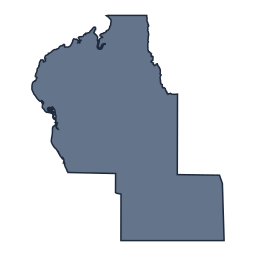 the district of Port Pirie, South Australia, Australia
{"feature_id": "25037944B53650156153507", "entity_name": "Port Pirie", "entity_type": "district", "adm_level": 2, "iso_a3": "AUS", "parent_name": "Australia", "parent_adm1": "South Australia", "projection": "equal_earth", "projection_center": [137.965, -33.365], "detail": "fine", "context": "isolated", "style": "filled", "palette": "slate", "viewbox_px": 256, "rotation_deg": 0, "n_neighbors": 0, "source": "geoboundaries", "source_scale": "gbopen_adm2", "svg_char_len": 5486}
<svg xmlns="http://www.w3.org/2000/svg" viewBox="0 0 256 256"><path d="M120.9,240.6L224.1,240.6L222.4,183.5L219.5,175.2L177.3,174.6L177.5,94.1L175.7,94.3L171.7,94.3L170.6,93.3L168.4,94.1L168.5,93.8L168.1,93.6L167.0,93.4L166.8,93.0L167.0,92.1L166.5,91.8L166.2,91.0L165.7,90.8L165.2,88.5L163.8,87.5L163.1,88.0L162.6,87.6L162.1,85.9L162.3,84.6L160.6,83.7L160.9,83.0L160.3,81.7L160.7,81.0L160.3,80.3L160.4,79.8L160.0,77.0L161.0,75.2L161.0,74.7L160.0,74.1L160.3,72.7L160.3,70.9L160.2,69.4L159.5,68.1L159.4,67.6L159.0,67.3L158.8,66.6L158.0,65.9L157.3,63.8L156.3,64.0L155.9,64.8L154.3,65.6L153.8,64.6L153.2,64.3L153.4,63.0L151.2,62.1L151.0,61.8L151.1,61.2L151.8,60.6L152.2,60.3L152.6,60.6L152.9,60.3L152.7,60.0L153.0,58.9L152.8,58.1L153.1,56.9L152.5,56.2L151.5,56.5L151.4,56.1L151.0,55.9L151.3,54.9L150.8,53.4L151.0,53.3L150.1,52.8L149.5,51.8L148.6,51.8L148.3,50.5L147.9,49.6L147.9,47.3L147.7,46.8L147.9,45.6L147.7,44.1L147.9,43.0L148.4,42.0L147.8,40.0L148.1,39.3L148.2,36.7L148.6,35.5L148.6,33.6L148.4,33.2L148.3,31.9L147.7,31.0L147.7,30.4L148.0,29.6L147.7,28.0L148.0,26.8L148.7,25.9L148.5,25.2L148.1,24.9L148.3,24.3L147.9,23.9L147.7,22.5L146.9,21.0L147.1,18.2L146.6,16.4L146.9,15.9L146.6,15.4L107.6,15.4L106.4,15.7L109.0,17.5L109.5,18.6L110.5,19.0L110.8,19.5L111.1,21.5L110.7,23.4L110.7,24.4L110.5,25.5L109.8,26.3L109.6,27.7L108.9,29.2L107.9,30.2L106.5,30.7L106.4,31.3L106.1,31.3L105.9,31.8L104.9,32.7L103.3,33.0L103.1,33.6L101.2,33.8L100.1,34.8L100.0,35.7L100.5,35.8L101.5,36.7L102.4,36.9L102.5,37.4L101.4,37.5L99.3,39.3L99.1,40.2L99.3,40.5L99.3,41.4L99.1,40.9L99.0,42.4L98.7,44.0L98.1,45.3L98.3,46.1L97.8,47.0L97.9,47.4L98.3,47.7L98.1,47.0L98.3,46.8L99.6,48.1L100.3,48.0L100.8,47.5L101.5,45.5L102.3,44.3L103.7,43.7L105.1,43.7L105.1,44.3L103.9,44.4L103.2,45.3L103.1,45.8L102.4,47.1L102.4,47.7L101.6,48.6L101.2,48.7L101.2,49.0L99.7,49.3L98.6,49.1L97.6,48.1L97.2,47.3L97.1,46.8L97.9,43.1L98.0,41.6L97.7,41.4L97.8,40.4L97.4,40.3L97.6,36.8L96.0,34.8L95.3,34.6L95.1,33.9L94.2,33.3L93.8,32.7L94.6,31.3L94.5,30.7L94.8,30.0L95.6,29.7L95.6,28.1L95.6,27.7L95.0,27.1L93.6,27.3L91.3,30.1L90.1,31.2L89.3,32.6L87.7,32.9L86.9,33.3L85.8,33.2L85.6,33.6L85.6,34.3L85.1,33.9L84.8,34.0L83.9,34.8L83.2,36.2L82.5,36.5L81.9,36.7L79.9,36.7L78.5,37.3L78.4,37.9L79.0,38.7L79.9,40.7L80.1,40.7L81.5,39.8L81.0,40.5L80.0,41.1L79.8,42.9L79.1,43.1L79.5,42.8L79.7,42.2L78.8,42.5L79.5,41.7L79.0,41.2L78.8,41.9L78.1,42.3L78.4,41.5L78.3,40.9L77.4,39.8L76.1,39.1L75.2,39.3L73.8,38.8L73.0,39.9L72.4,42.1L71.3,44.4L70.3,45.9L69.1,46.7L67.9,47.1L64.7,47.0L64.4,46.1L64.7,45.4L64.6,44.8L64.3,44.5L63.4,44.5L62.6,45.5L61.2,45.7L59.6,46.6L58.6,48.3L57.5,48.9L57.0,48.9L56.3,49.5L54.3,49.6L52.7,50.6L50.8,52.4L49.3,53.3L48.4,53.3L48.4,53.9L47.7,54.6L45.8,55.5L45.2,56.2L44.7,57.9L44.7,58.7L45.0,59.3L45.5,59.1L45.3,60.2L45.8,60.2L45.4,60.4L45.5,61.0L43.6,62.0L43.4,61.6L43.4,60.5L42.9,59.9L40.7,60.0L40.4,61.1L39.6,62.1L39.3,64.2L39.4,65.0L38.8,65.5L39.0,66.1L38.4,67.4L37.3,68.6L36.9,71.4L36.4,72.9L35.9,73.6L35.3,76.2L35.4,76.7L36.5,77.0L37.0,77.8L36.2,78.9L36.1,80.0L35.3,80.9L34.7,81.2L34.9,80.9L34.6,80.9L33.1,82.1L32.5,83.2L32.0,85.4L31.9,89.0L32.1,89.9L34.0,94.2L34.9,95.1L37.4,98.8L39.7,101.1L40.4,101.3L39.9,101.0L40.2,100.9L41.3,101.6L42.3,103.5L42.6,103.5L42.7,103.2L42.0,102.3L42.9,102.0L42.1,101.6L42.2,102.0L41.7,101.7L41.7,101.4L42.2,101.2L41.2,100.3L42.0,100.6L43.0,102.0L43.5,103.1L43.4,103.8L42.9,104.0L42.5,104.8L42.2,107.1L42.5,107.9L43.9,109.3L45.2,111.3L46.7,112.4L47.3,112.3L48.4,112.5L48.2,112.3L48.3,112.1L47.4,111.7L49.6,112.3L49.6,111.8L48.1,111.4L48.3,111.1L47.6,111.2L48.4,110.8L48.2,110.5L49.0,110.5L49.3,110.7L49.9,111.9L49.8,112.5L51.2,113.3L52.2,113.1L51.6,112.9L52.0,112.6L50.6,112.2L50.0,111.6L49.4,110.1L50.2,110.4L50.3,109.7L47.5,109.0L47.6,108.4L48.2,108.2L48.3,107.8L49.0,107.5L49.1,108.4L49.4,108.8L49.2,107.9L49.7,107.5L51.5,108.7L51.7,109.5L50.4,109.6L51.4,110.1L51.5,110.9L52.5,112.3L52.6,113.2L52.8,113.2L52.9,112.7L53.9,112.9L53.9,112.6L53.2,112.3L54.0,112.1L53.6,111.9L53.5,111.6L52.8,111.7L52.4,111.4L52.5,110.6L53.0,109.8L52.8,109.6L52.6,109.9L52.2,108.8L52.3,108.1L51.2,107.7L51.3,107.4L52.4,106.9L53.3,107.8L54.8,110.0L55.1,111.3L55.3,113.8L55.8,115.4L56.0,116.7L55.8,117.5L55.9,120.8L55.9,121.0L55.6,120.7L55.5,121.3L56.0,121.8L56.2,122.5L55.6,122.6L56.1,122.9L57.3,122.8L58.0,123.3L57.3,122.9L56.3,123.0L56.8,123.2L57.0,124.0L56.8,124.7L56.9,125.3L56.5,125.8L56.2,125.7L56.1,125.4L56.6,124.0L56.3,124.0L55.8,124.6L56.0,124.2L56.0,123.2L55.6,123.6L55.3,124.9L56.4,126.9L56.6,127.8L57.3,128.3L57.3,127.7L57.9,128.8L57.3,128.5L57.2,128.7L56.4,128.0L56.3,127.0L55.8,126.0L55.4,125.6L54.5,125.6L53.8,126.1L53.4,127.1L53.7,126.2L53.2,126.4L52.9,126.9L52.5,128.1L52.4,133.3L51.7,137.7L51.4,139.1L51.3,141.7L52.2,144.0L53.6,146.3L55.0,148.1L56.3,149.1L58.5,152.8L58.2,152.2L58.4,152.0L58.7,153.4L59.3,154.5L58.8,153.3L58.8,153.1L60.0,155.0L60.1,155.3L59.6,154.7L60.5,156.5L61.1,156.9L62.5,159.0L62.9,159.0L62.7,158.5L63.0,158.5L62.2,156.9L63.0,157.9L63.9,159.8L63.9,161.0L64.3,162.3L63.9,162.1L64.1,162.8L63.7,163.0L64.2,163.2L64.4,164.1L64.7,164.2L64.6,164.9L65.3,166.9L66.7,169.6L67.0,170.9L67.7,171.7L68.0,172.5L115.6,173.5L115.5,192.6L116.9,193.3L121.0,194.1L120.9,240.6ZM54.1,114.9L54.4,114.7L53.5,114.6L53.1,115.2L52.8,116.5L52.9,117.6L53.4,118.6L54.1,119.2L55.0,119.5L55.1,119.2L54.7,119.0L54.5,118.6L54.6,118.1L53.9,117.4L53.6,116.6L54.1,114.9ZM52.4,113.7L52.8,114.1L52.8,114.5L53.3,114.4L52.6,113.8L52.6,113.3L52.4,113.7Z" fill="#64748b" stroke="#1e293b" stroke-width="1.5"/></svg>